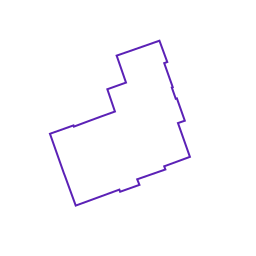 outline of Laprida, Buenos Aires, Argentina, rotated 25°
{"feature_id": "61730980B44273379495612", "entity_name": "Laprida", "entity_type": "district", "adm_level": 2, "iso_a3": "ARG", "parent_name": "Argentina", "parent_adm1": "Buenos Aires", "projection": "mercator", "projection_center": [-60.782, -37.495], "detail": "fine", "context": "isolated", "style": "outline", "palette": "violet", "viewbox_px": 256, "rotation_deg": 25, "n_neighbors": 0, "source": "geoboundaries", "source_scale": "gbopen_adm2", "svg_char_len": 537}
<svg xmlns="http://www.w3.org/2000/svg" viewBox="0 0 256 256"><g transform="rotate(25 128 128)"><path d="M114.4,219.4L146.2,187.5L147.8,189.1L162.4,174.7L158.0,170.6L179.4,149.8L177.0,147.4L196.3,128.0L171.2,102.4L176.4,97.4L159.8,80.5L158.9,81.3L150.6,72.8L151.3,72.1L133.4,53.9L135.7,51.6L119.6,35.6L89.0,65.4L87.1,67.2L88.9,69.0L107.0,87.7L100.6,94.0L92.9,101.6L109.2,118.6L99.1,128.6L89.0,138.8L78.4,149.6L77.5,148.7L59.7,166.2L89.0,196.1L91.1,198.1L113.4,220.4L114.4,219.4Z" fill="none" stroke="#5b21b6" stroke-width="2"/></g></svg>